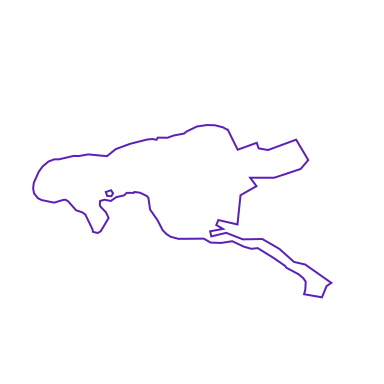 outline of Kurgantepa, Andijon, Uzbekistan, rotated 193°
{"feature_id": "79887680B5008780353484", "entity_name": "Kurgantepa", "entity_type": "district", "adm_level": 2, "iso_a3": "UZB", "parent_name": "Uzbekistan", "parent_adm1": "Andijon", "projection": "robinson", "projection_center": [72.86, 40.792], "detail": "fine", "context": "isolated", "style": "outline", "palette": "violet", "viewbox_px": 384, "rotation_deg": 193, "n_neighbors": 0, "source": "geoboundaries", "source_scale": "gbopen_adm2", "svg_char_len": 1470}
<svg xmlns="http://www.w3.org/2000/svg" viewBox="0 0 384 384"><g transform="rotate(193 192 192)"><path d="M35.8,134.8L65.4,146.8L76.9,146.8L94.0,156.2L112.9,162.0L131.8,157.3L149.5,159.9L163.2,153.1L165.5,157.8L153.5,163.0L160.9,165.3L160.0,170.6L140.4,170.6L144.0,199.8L130.5,212.2L138.5,219.0L115.1,224.4L91.3,238.9L85.9,249.3L102.3,266.4L127.4,250.0L136.9,249.5L140.0,254.5L157.0,243.5L171.2,260.8L172.0,260.7L176.4,262.0L184.6,262.2L192.5,260.6L201.8,257.0L210.6,250.0L213.0,247.1L222.4,243.0L228.0,239.4L237.7,237.2L238.3,234.9L242.6,234.7L247.4,233.1L263.0,225.1L275.9,216.7L282.9,207.8L301.5,205.3L310.6,201.5L315.3,200.6L329.0,193.9L333.6,192.8L338.6,189.5L343.4,183.2L345.9,177.1L348.2,165.3L347.6,159.7L345.6,155.2L340.8,151.3L336.5,150.3L324.0,150.6L315.9,155.2L313.5,156.0L310.3,154.9L300.8,148.1L294.4,147.5L290.8,146.0L280.7,133.4L279.5,130.9L274.7,130.8L272.1,133.2L267.4,147.9L271.3,152.9L277.8,157.1L278.9,158.5L279.5,162.6L275.5,164.8L269.1,165.0L264.6,170.0L257.4,173.4L255.4,176.5L248.4,178.1L248.1,179.1L242.4,179.6L235.0,177.9L233.1,176.3L228.9,165.5L219.2,156.7L212.0,148.2L207.5,145.3L202.8,143.6L194.7,143.3L170.0,149.2L162.5,146.9L152.2,148.9L141.7,153.1L129.1,150.4L121.4,150.0L115.3,152.1L97.7,146.1L84.8,141.0L82.9,139.4L69.6,135.8L64.2,133.1L61.0,130.1L59.6,122.2L59.8,117.6L41.7,118.6L39.7,130.6L35.8,134.8ZM276.0,172.6L271.3,175.5L268.6,173.0L269.6,169.8L273.7,169.1L276.0,172.6Z" fill="none" stroke="#5b21b6" stroke-width="2"/></g></svg>